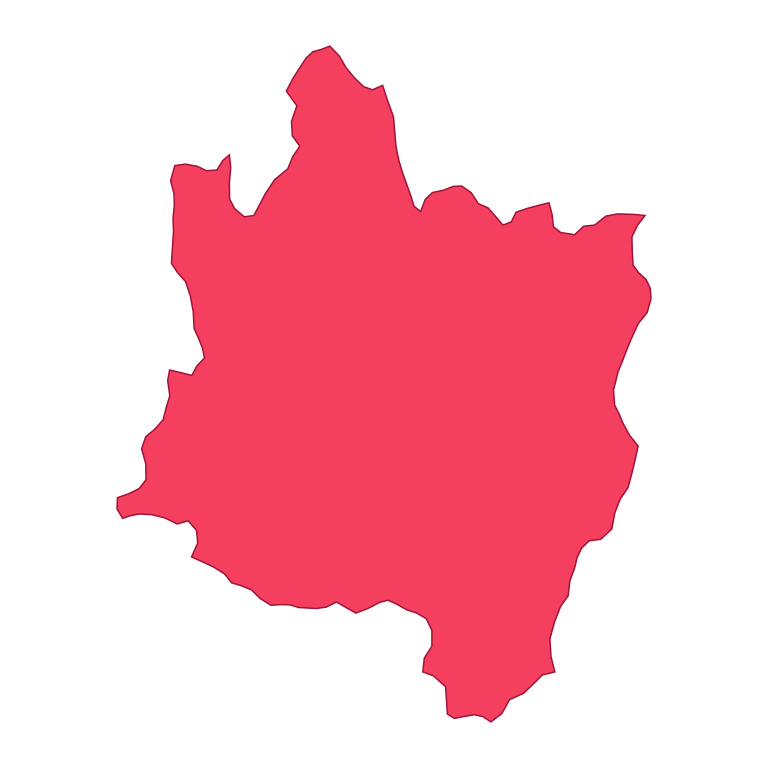 Estiva, Minas Gerais, Brazil
{"feature_id": "56859067B45558803897902", "entity_name": "Estiva", "entity_type": "district", "adm_level": 2, "iso_a3": "BRA", "parent_name": "Brazil", "parent_adm1": "Minas Gerais", "projection": "equal_earth", "projection_center": [-46.02, -22.455], "detail": "fine", "context": "isolated", "style": "filled", "palette": "rose", "viewbox_px": 768, "rotation_deg": 0, "n_neighbors": 0, "source": "geoboundaries", "source_scale": "gbopen_adm2", "svg_char_len": 2422}
<svg xmlns="http://www.w3.org/2000/svg" viewBox="0 0 768 768"><path d="M122.6,518.3L131.2,515.5L139.2,514.0L151.4,514.6L164.8,517.9L177.3,524.0L188.1,520.7L196.5,530.3L197.7,543.0L191.5,557.0L202.9,562.0L214.1,567.3L224.6,574.0L231.6,582.8L240.9,585.6L251.3,589.8L260.4,598.7L271.0,605.3L280.6,604.6L289.7,604.8L298.5,607.5L316.6,608.5L326.5,607.0L336.5,602.0L346.3,607.7L355.9,613.1L367.9,608.5L379.7,602.4L388.0,600.2L396.8,604.2L406.9,609.9L416.8,613.1L426.4,618.8L431.9,630.6L431.9,646.1L424.3,658.1L422.8,671.9L433.3,675.8L445.6,686.8L446.6,702.3L447.4,714.1L454.4,718.4L464.0,716.5L474.1,714.7L482.6,716.5L490.9,721.9L501.8,713.6L509.6,699.6L523.5,693.3L533.4,683.9L542.4,675.0L554.9,671.9L551.0,656.8L549.9,638.9L554.5,622.1L560.6,606.4L568.1,595.9L569.9,580.8L574.5,568.4L577.1,557.6L581.7,548.0L589.2,540.8L600.7,539.3L611.8,529.0L614.8,512.9L620.1,499.3L628.0,487.7L631.7,474.0L635.6,457.8L638.1,446.0L629.6,435.3L622.9,423.1L619.2,414.1L614.6,405.1L613.5,390.1L618.0,372.2L622.3,361.4L626.0,351.8L630.9,339.6L638.4,323.4L647.2,312.5L651.0,298.7L650.3,288.5L646.1,279.5L638.6,272.7L633.1,265.1L632.3,252.2L631.9,236.9L637.6,225.1L645.1,215.5L633.9,214.4L617.6,213.9L605.9,216.1L594.6,225.1L583.7,226.2L574.6,234.7L560.7,232.5L553.5,226.8L552.1,214.4L549.0,202.8L537.7,205.6L527.6,208.3L516.1,212.2L511.3,221.8L503.0,225.1L495.9,216.8L488.0,207.8L478.4,203.7L471.2,192.7L461.6,186.0L453.2,186.4L443.2,190.3L432.5,192.5L425.3,199.3L420.6,211.5L413.9,206.1L410.9,196.0L406.9,184.9L402.1,171.3L398.9,160.6L396.0,146.6L394.7,131.5L393.5,116.9L387.2,99.4L382.6,85.4L372.5,89.8L363.7,86.7L354.2,77.6L346.2,67.9L339.6,56.4L329.8,46.1L320.7,49.6L312.8,51.8L306.1,58.1L300.9,66.0L293.4,77.6L286.3,91.1L296.9,105.8L291.5,121.5L292.3,135.9L299.8,146.2L293.1,156.0L287.7,168.9L274.7,179.6L265.4,193.6L259.2,205.4L253.8,215.5L244.2,216.8L234.4,208.3L229.6,198.9L229.4,182.5L230.7,167.8L229.4,154.9L222.7,160.6L217.0,170.0L206.4,170.7L197.3,166.3L185.5,164.1L174.8,165.6L170.6,180.7L174.0,193.6L174.3,205.4L173.0,218.5L173.5,231.2L172.5,246.9L171.4,263.3L177.3,272.3L185.6,281.7L190.3,295.9L193.2,311.4L194.1,328.5L198.6,338.5L202.4,347.9L204.5,357.9L197.0,365.8L191.8,375.4L180.7,372.6L169.6,370.0L167.7,380.5L169.8,395.8L166.4,406.9L163.1,419.8L154.6,429.4L145.8,436.6L141.6,448.8L145.8,463.9L146.0,479.7L139.2,488.6L128.3,493.9L117.5,497.6L117.0,508.9L122.6,518.3Z" fill="#f43f5e" stroke="#9f1239" stroke-width="1.5"/></svg>